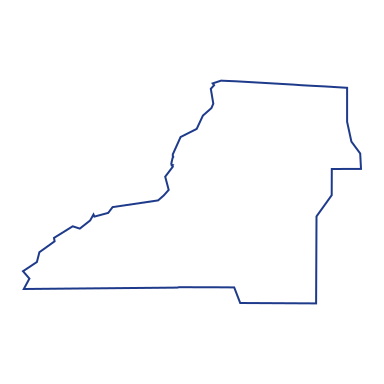 Leon, Florida, United States of America (Robinson projection)
{"feature_id": "52423323B61850216097396", "entity_name": "Leon", "entity_type": "district", "adm_level": 2, "iso_a3": "USA", "parent_name": "United States of America", "parent_adm1": "Florida", "projection": "robinson", "projection_center": [-84.336, 30.479], "detail": "fine", "context": "isolated", "style": "outline", "palette": "blue", "viewbox_px": 384, "rotation_deg": 0, "n_neighbors": 0, "source": "geoboundaries", "source_scale": "gbopen_adm2", "svg_char_len": 988}
<svg xmlns="http://www.w3.org/2000/svg" viewBox="0 0 384 384"><path d="M221.2,80.6L212.7,83.4L214.1,85.2L210.8,88.8L213.3,103.7L211.4,108.1L202.9,115.6L196.7,128.9L180.6,137.0L173.1,153.7L172.8,154.2L172.8,155.8L172.9,156.4L173.2,156.6L173.2,157.0L172.8,157.2L172.8,157.6L172.4,158.7L172.0,160.6L171.6,161.9L171.6,162.7L171.4,163.2L171.3,163.9L171.5,164.3L171.6,165.0L172.3,164.9L172.6,165.0L172.2,165.4L172.2,165.8L172.3,166.1L172.8,166.4L172.8,166.7L165.2,176.7L168.7,189.9L163.8,195.4L158.1,200.4L112.6,207.1L108.2,212.9L94.4,216.6L93.5,214.5L90.1,220.5L79.8,228.6L72.7,226.3L54.0,237.9L54.6,241.3L39.4,252.2L36.9,262.0L23.0,271.2L29.4,278.6L23.8,289.0L177.3,287.6L178.9,287.2L219.7,287.3L234.2,287.4L240.2,303.0L316.1,303.4L316.5,216.4L331.7,195.2L331.8,169.0L361.0,168.9L360.2,153.5L351.4,141.6L347.1,121.8L347.1,87.8L332.3,86.9L331.4,86.8L329.2,86.7L324.3,86.4L312.2,85.8L301.2,85.2L293.3,84.6L236.1,81.3L221.8,80.7L221.2,80.6Z" fill="none" stroke="#1e3a8a" stroke-width="2"/></svg>